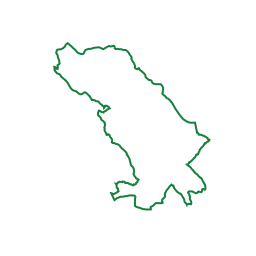 Aquitania, Boyacá, Colombia, rotated 110°
{"feature_id": "7082276B52968134659257", "entity_name": "Aquitania", "entity_type": "district", "adm_level": 2, "iso_a3": "COL", "parent_name": "Colombia", "parent_adm1": "Boyacá", "projection": "robinson", "projection_center": [-72.858, 5.421], "detail": "fine", "context": "isolated", "style": "outline", "palette": "green", "viewbox_px": 256, "rotation_deg": 110, "n_neighbors": 0, "source": "geoboundaries", "source_scale": "gbopen_adm2", "svg_char_len": 5800}
<svg xmlns="http://www.w3.org/2000/svg" viewBox="0 0 256 256"><g transform="rotate(110 128 128)"><path d="M100.0,66.9L101.4,70.2L101.9,72.5L101.7,75.5L100.8,79.2L98.6,83.1L93.9,89.8L89.0,95.5L88.8,96.3L88.2,96.9L88.2,97.1L87.5,98.1L87.2,99.2L86.7,100.1L86.8,101.1L86.4,102.5L86.2,102.9L85.6,103.3L84.7,106.2L84.2,107.2L83.4,107.7L82.6,107.5L81.6,107.9L79.3,108.3L78.2,108.7L77.1,109.9L75.9,111.6L75.7,112.4L77.1,116.1L77.7,119.1L77.2,120.5L75.8,121.9L75.5,122.5L75.3,123.5L75.7,124.6L75.6,125.3L75.3,125.9L74.3,128.6L73.9,129.0L72.4,129.8L71.8,130.5L71.1,131.8L70.8,132.8L70.6,133.1L70.0,134.5L69.4,136.8L68.4,137.8L68.0,138.3L68.3,138.7L69.0,138.8L69.6,139.3L69.6,140.6L69.2,141.9L68.9,142.3L67.6,142.5L66.8,143.0L65.1,144.6L63.7,146.6L61.8,148.6L60.4,148.7L60.1,148.9L58.8,151.0L57.9,152.2L56.9,153.2L55.7,155.8L55.6,156.4L55.6,157.3L56.3,159.4L56.3,161.2L56.6,162.3L57.0,163.2L57.2,165.1L57.8,165.8L58.0,166.6L57.8,167.6L56.4,168.3L55.6,169.3L57.4,172.3L57.3,173.7L58.1,174.6L62.4,178.2L62.1,181.1L62.1,182.6L62.3,183.4L64.2,187.2L66.5,190.3L66.9,191.6L67.5,192.5L68.6,193.9L69.4,194.6L70.7,195.0L72.8,195.1L73.4,195.3L74.0,196.1L74.5,197.2L74.6,199.6L74.4,201.3L72.7,204.1L71.2,208.0L70.7,208.7L70.0,211.0L69.0,213.3L69.0,213.8L69.6,214.0L70.3,214.6L71.4,215.1L73.0,215.0L74.1,215.8L75.2,216.2L77.3,218.4L78.0,220.5L79.2,221.5L80.4,221.2L81.3,221.3L81.9,221.2L82.5,220.7L83.0,219.7L83.3,219.5L83.6,219.1L85.6,218.0L88.2,215.7L89.1,215.4L90.7,214.3L91.1,214.3L93.0,215.6L93.7,215.6L94.3,215.0L95.9,214.4L96.5,214.3L96.7,215.0L96.1,215.2L96.0,215.5L96.6,216.0L96.6,216.7L95.9,217.0L95.7,217.6L95.8,218.1L96.5,217.6L97.3,217.5L97.9,217.0L98.9,216.8L99.2,216.0L99.8,215.5L100.2,214.4L100.9,213.5L100.9,211.0L101.1,210.2L102.7,208.1L102.8,208.1L104.1,204.2L105.3,201.5L105.7,200.9L110.2,195.3L110.9,194.0L111.3,192.7L111.4,191.3L111.2,189.4L112.5,186.0L112.5,183.9L112.2,183.3L111.8,182.8L109.6,181.3L109.2,180.7L109.2,180.1L109.6,178.5L111.1,175.3L112.1,173.7L112.5,173.4L113.3,172.5L113.5,171.9L114.0,171.5L113.4,169.7L113.4,168.4L113.8,167.5L113.4,165.9L113.3,165.1L113.6,164.0L114.5,162.9L115.0,161.5L115.1,160.7L115.2,160.4L115.7,160.0L116.1,158.5L116.5,158.0L117.4,157.4L116.6,157.1L115.1,157.4L114.7,156.7L114.4,155.5L114.7,153.7L115.8,151.9L116.2,152.4L117.1,153.1L118.4,154.3L119.2,154.5L121.0,156.2L121.8,156.3L121.8,157.3L122.1,158.4L121.6,159.9L121.6,161.3L124.2,161.4L125.9,160.7L126.2,160.2L126.6,159.9L126.8,158.8L127.6,157.4L128.0,156.9L129.4,155.7L129.9,153.9L130.9,151.7L131.4,151.7L132.2,150.9L132.9,150.8L133.6,150.4L135.5,150.5L136.9,149.5L137.7,149.4L138.6,149.0L139.9,147.4L141.8,145.7L141.3,144.7L140.7,144.6L140.7,144.0L141.1,142.7L142.2,142.1L142.9,141.1L143.1,140.4L143.8,139.7L144.3,138.9L145.4,138.5L146.8,138.5L147.0,138.3L147.4,136.9L146.8,135.6L147.1,133.6L146.9,132.9L146.8,132.2L147.3,129.9L148.1,128.9L149.3,126.7L150.0,124.6L151.7,121.1L152.8,120.2L153.5,120.1L153.9,119.0L156.7,115.9L159.3,114.2L160.0,113.6L161.4,113.0L162.1,112.1L162.7,110.7L163.1,110.1L164.6,108.5L166.7,107.3L169.1,107.2L169.5,107.0L170.0,106.4L171.0,105.4L171.6,104.2L172.5,103.2L172.6,102.6L172.7,101.3L173.0,100.4L174.5,100.9L175.7,100.7L177.0,101.6L178.1,101.5L178.8,102.2L178.9,103.1L179.7,103.2L180.2,103.6L180.2,104.3L179.8,105.4L180.2,106.5L179.9,107.5L180.1,108.0L179.8,108.6L179.9,110.2L180.5,111.0L180.7,111.6L180.6,111.8L179.7,112.7L180.1,114.1L180.1,114.6L180.8,114.9L180.9,116.0L181.4,117.0L181.5,117.7L182.1,117.9L182.4,118.6L182.9,119.0L184.2,119.1L184.7,119.9L184.7,120.2L185.4,119.4L187.9,118.1L188.4,117.2L188.4,116.7L189.0,116.6L189.9,115.7L190.8,115.2L191.1,115.4L191.2,115.9L192.4,116.4L194.4,118.2L195.2,119.2L195.4,119.8L194.9,120.9L195.0,121.5L200.4,116.0L198.0,114.6L195.1,111.5L194.2,109.0L193.3,107.9L192.6,106.2L190.9,103.7L190.5,102.8L189.3,98.8L189.5,98.1L190.2,97.4L192.0,97.2L193.3,96.8L196.0,95.9L197.7,95.1L198.3,95.1L199.0,94.6L199.3,91.8L199.0,90.0L199.1,86.3L198.2,82.6L196.7,78.7L194.4,79.7L193.5,78.7L191.4,77.2L189.4,76.5L188.8,75.6L187.6,71.9L186.8,70.0L186.4,69.9L186.0,70.1L185.8,70.3L185.5,70.9L183.3,71.4L181.9,70.4L181.4,70.3L180.5,69.8L179.6,69.9L178.5,70.2L177.7,70.9L177.3,70.9L176.9,70.7L176.0,70.9L175.4,70.6L173.7,70.5L170.9,69.5L168.9,69.0L166.4,67.9L166.8,67.0L166.5,66.1L166.6,65.6L167.5,65.3L167.8,64.6L168.8,63.9L170.5,61.2L171.3,59.6L172.0,56.6L171.7,56.1L171.8,55.9L173.4,53.7L174.2,53.0L175.0,51.7L175.7,50.9L177.5,49.9L178.2,49.3L179.2,47.3L180.0,46.5L179.8,46.5L179.3,45.8L178.5,45.2L178.1,42.8L176.9,42.8L176.0,43.3L174.5,44.5L174.2,45.2L173.9,45.5L172.3,46.1L171.4,46.0L171.0,46.6L170.2,47.3L169.9,47.2L169.5,47.5L168.3,49.5L167.4,49.4L166.5,48.8L166.3,47.5L165.6,46.0L165.8,44.9L165.9,43.2L166.1,42.1L165.9,41.5L165.6,41.0L164.9,40.5L163.9,40.4L163.6,39.8L163.4,37.5L163.1,37.1L162.5,36.9L160.2,37.3L160.0,37.2L159.6,36.5L159.8,34.8L159.6,34.5L158.2,34.6L157.0,35.0L154.5,36.7L154.4,37.3L154.2,37.5L153.2,38.3L152.4,39.6L151.9,40.1L151.3,40.4L150.3,41.6L150.2,42.3L149.8,42.6L149.9,43.3L149.5,43.9L149.4,44.7L147.9,47.0L147.5,48.8L147.2,49.5L146.8,49.9L146.7,50.7L146.2,51.1L145.9,51.8L145.6,52.1L144.7,54.1L143.6,55.7L143.4,56.4L143.0,57.2L143.0,58.0L142.4,59.2L142.4,59.7L142.2,60.1L141.8,59.4L140.6,59.0L140.2,58.6L139.3,58.8L139.0,58.7L138.4,57.7L137.6,57.5L136.9,56.9L135.9,56.6L134.8,55.9L133.8,55.9L132.9,55.0L131.1,54.8L130.2,54.8L129.9,54.6L129.3,54.4L129.1,54.1L129.2,53.5L128.8,53.2L128.1,53.2L126.8,53.3L125.0,52.9L124.0,53.2L123.1,52.8L121.5,52.3L119.1,51.1L117.3,50.9L116.6,50.3L116.2,50.6L115.8,50.5L115.4,49.6L114.2,49.0L113.4,48.4L113.4,48.2L112.2,47.4L111.1,47.5L111.2,48.8L110.9,49.4L110.1,50.0L110.1,50.5L109.6,52.3L109.6,53.4L109.4,53.9L109.5,54.7L109.4,57.1L109.8,58.8L110.1,59.1L110.0,59.4L109.2,59.9L108.8,60.5L108.6,61.0L108.8,61.5L100.0,66.9Z" fill="none" stroke="#15803d" stroke-width="2"/></g></svg>